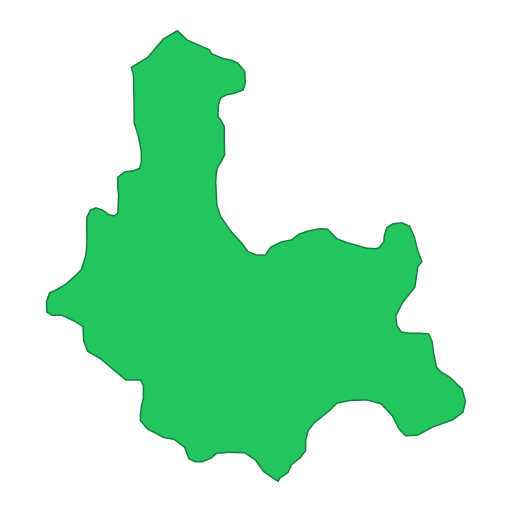 the border of Kumanovo
{"feature_id": "MKD-2943", "entity_name": "Kumanovo", "entity_type": "Statistical Region", "adm_level": 1, "iso_a3": "MKD", "parent_name": "North Macedonia", "parent_adm1": "", "projection": "equal_earth", "projection_center": [21.78, 42.101], "detail": "fine", "context": "isolated", "style": "filled", "palette": "green", "viewbox_px": 512, "rotation_deg": 0, "n_neighbors": 0, "source": "natural_earth", "source_scale": "10m", "svg_char_len": 1978}
<svg xmlns="http://www.w3.org/2000/svg" viewBox="0 0 512 512"><path d="M131.3,67.4L147.7,57.4L163.3,39.0L177.3,30.7L187.4,40.2L209.7,50.0L211.6,53.9L222.5,58.3L231.8,60.3L237.8,63.2L244.8,71.5L245.3,83.2L243.0,90.0L234.0,93.4L226.2,94.9L220.6,97.8L218.4,105.2L217.9,116.4L220.6,119.8L224.3,126.6L224.3,140.3L224.7,154.5L221.7,160.8L217.6,167.2L216.2,174.0L215.7,182.3L216.2,191.6L216.8,205.2L220.6,216.5L230.3,230.6L241.5,242.9L248.2,251.7L256.8,255.1L265.4,255.1L270.6,247.2L281.5,241.9L291.6,239.9L299.1,234.1L307.7,231.1L320.3,228.7L327.4,229.2L332.4,234.1L337.2,239.0L348.0,242.9L366.6,248.2L375.7,248.7L379.0,247.7L383.8,241.9L384.3,235.5L386.8,227.7L392.9,223.8L402.1,222.8L409.6,226.3L414.5,237.5L417.5,250.2L421.9,261.6L417.8,266.6L414.9,287.1L402.6,302.5L395.8,315.9L396.8,325.5L401.2,332.0L409.6,333.2L418.8,333.2L428.7,333.9L432.1,341.6L433.6,353.1L436.5,367.2L441.4,372.3L449.3,376.9L462.0,389.0L465.0,399.7L465.5,401.2L463.0,412.1L452.8,419.8L433.1,426.8L417.5,435.2L405.7,435.8L399.4,429.4L392.4,416.0L381.1,403.8L366.5,399.9L350.3,400.5L337.0,403.1L329.2,410.8L314.0,423.0L308.1,430.7L305.6,440.3L305.6,450.6L300.3,457.6L291.4,464.7L288.0,472.4L279.7,478.1L278.1,481.3L274.3,479.0L263.7,471.6L255.1,459.7L244.8,452.8L229.3,452.3L216.8,453.3L210.8,458.2L202.5,461.7L195.2,461.7L188.9,458.7L184.7,447.3L174.1,439.4L163.5,437.4L147.6,429.0L141.7,422.1L140.4,420.6L140.4,414.6L141.5,405.7L143.4,397.8L143.4,385.5L140.6,380.0L133.8,380.0L125.9,380.0L113.4,369.6L100.5,358.7L87.7,351.3L84.3,342.6L83.6,340.4L83.1,326.6L74.4,321.1L61.6,315.2L52.1,315.2L46.8,312.2L46.5,301.8L49.5,293.0L55.9,290.0L65.4,284.5L73.3,277.6L81.3,269.7L85.9,255.4L87.0,242.0L86.8,229.7L86.8,217.3L90.6,209.9L95.9,207.9L102.3,209.9L108.8,214.8L114.5,215.8L117.8,213.3L118.1,206.9L118.6,195.1L117.8,188.6L117.8,177.3L125.0,171.8L133.3,170.8L139.4,168.4L141.3,162.9L141.3,151.1L138.3,135.8L134.2,122.9L134.1,103.9L133.4,74.3L131.3,67.4Z" fill="#22c55e" stroke="#15803d" stroke-width="1.5"/></svg>